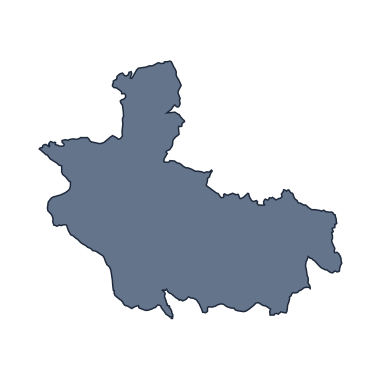 outline of Hopang, Shan, Myanmar, rotated 6°
{"feature_id": "60261553B42594704122339", "entity_name": "Hopang", "entity_type": "district", "adm_level": 2, "iso_a3": "MMR", "parent_name": "Myanmar", "parent_adm1": "Shan", "projection": "natural_earth1", "projection_center": [98.938, 23.1], "detail": "fine", "context": "isolated", "style": "filled", "palette": "slate", "viewbox_px": 384, "rotation_deg": 6, "n_neighbors": 0, "source": "geoboundaries", "source_scale": "gbopen_adm2", "svg_char_len": 6022}
<svg xmlns="http://www.w3.org/2000/svg" viewBox="0 0 384 384"><g transform="rotate(6 192 192)"><path d="M282.5,306.2L286.5,305.8L287.0,304.5L288.6,303.9L290.5,304.5L293.0,301.9L296.5,302.4L298.3,302.3L298.8,300.8L299.0,298.4L298.9,294.5L299.8,291.3L300.2,288.0L300.0,286.0L301.5,284.8L301.7,283.2L302.8,281.5L304.4,281.7L306.3,281.3L307.7,280.6L309.0,278.8L310.5,278.3L313.3,275.6L314.9,275.0L318.0,274.6L319.6,275.6L319.5,274.5L319.0,273.0L316.8,270.2L316.9,268.3L316.5,265.3L315.2,262.9L313.9,257.5L312.6,253.6L312.7,249.3L313.4,247.9L314.3,244.0L316.4,245.5L318.2,245.8L319.5,246.9L321.0,247.5L326.0,252.0L328.5,253.9L332.9,255.5L334.1,255.3L337.3,257.2L339.6,257.8L340.5,257.6L342.2,255.7L343.2,255.8L344.3,256.3L345.6,256.1L346.9,255.2L346.8,252.6L347.4,249.5L348.4,247.1L347.5,245.0L347.1,242.4L345.7,239.8L344.4,238.1L342.7,236.9L341.7,236.9L340.4,237.4L339.6,236.5L339.9,233.0L338.8,231.5L336.2,226.7L336.0,224.8L336.5,224.1L336.5,222.5L336.1,220.2L335.3,218.4L335.2,217.6L336.1,217.3L336.6,216.5L335.2,213.9L335.8,213.0L337.7,212.5L337.7,210.7L337.4,209.2L338.6,208.8L339.3,207.7L338.7,206.8L338.2,203.7L337.1,201.3L336.9,199.9L335.6,199.5L334.4,198.0L333.0,197.3L330.5,197.7L327.2,197.6L324.9,196.3L322.8,197.5L321.0,197.0L316.4,196.7L312.9,197.1L309.5,195.3L306.7,193.2L303.7,193.0L301.2,191.8L298.7,191.7L297.5,189.6L295.2,188.2L293.7,186.1L292.9,183.9L291.9,182.7L290.5,182.6L289.3,181.4L288.3,180.0L287.5,179.8L285.8,181.2L284.4,180.4L282.9,180.2L282.8,181.7L281.1,184.8L282.1,187.1L280.5,189.0L278.9,189.4L277.5,190.5L276.4,191.1L272.6,188.9L271.5,189.8L269.6,189.6L269.0,191.6L267.9,192.1L265.6,191.4L264.8,192.5L264.3,194.1L264.5,196.0L265.5,197.2L264.0,197.7L259.4,198.0L257.9,196.5L258.2,194.8L257.0,193.8L253.9,195.1L252.2,194.3L250.5,192.2L249.4,190.2L248.5,187.7L247.6,187.5L244.5,191.1L243.0,192.5L240.6,193.6L239.7,192.6L238.4,189.7L237.6,189.6L236.0,190.1L232.6,189.0L227.9,191.4L226.6,191.5L225.8,190.8L224.4,190.5L223.7,191.3L224.2,192.4L223.9,194.0L221.7,194.6L220.4,193.6L218.3,190.9L216.1,190.3L205.7,184.2L205.5,183.2L206.2,179.6L206.0,176.9L207.8,175.1L208.4,171.9L209.9,169.0L209.0,168.2L207.8,169.7L206.6,170.4L204.5,170.4L202.2,171.6L198.9,170.8L196.0,170.7L193.1,171.0L189.5,169.5L186.0,168.5L183.2,168.5L180.5,167.3L178.7,165.9L176.5,164.8L174.1,164.6L171.4,163.0L166.8,163.1L165.8,164.7L164.7,165.0L162.3,165.1L160.9,164.9L160.8,162.1L163.4,156.2L162.2,155.4L162.1,154.5L163.0,153.5L165.2,152.4L166.6,150.1L167.5,148.1L167.7,146.2L167.6,143.1L168.2,141.4L169.8,139.2L173.1,136.0L171.8,129.6L171.9,128.2L173.7,128.1L174.9,127.7L175.0,125.3L175.7,124.0L177.2,122.9L176.9,121.8L175.3,120.8L173.0,118.7L171.1,116.3L170.0,116.1L166.6,114.4L158.7,116.0L162.8,112.0L164.3,109.1L165.4,107.4L166.2,107.4L167.5,108.7L168.7,109.0L169.9,108.6L171.0,105.6L169.9,101.8L170.5,100.4L167.8,95.0L167.9,92.6L170.1,87.1L166.9,81.6L164.9,79.2L163.9,76.7L163.8,74.3L162.6,71.9L160.7,69.4L157.9,64.7L156.4,64.1L154.4,64.9L151.0,65.4L150.6,66.8L147.8,67.5L145.0,66.9L139.2,70.8L136.6,70.9L133.1,72.6L125.7,74.5L124.2,76.4L120.3,85.3L118.6,85.1L119.7,80.6L118.9,78.7L116.9,79.5L116.2,82.3L114.2,83.6L112.5,83.1L110.6,81.0L108.6,81.7L106.9,83.0L105.3,85.0L105.3,87.3L105.0,88.1L104.4,88.1L102.1,90.0L102.4,91.5L102.0,92.4L102.2,93.1L101.7,93.6L101.9,95.1L103.5,96.3L105.8,96.3L109.2,98.1L111.4,99.7L111.8,101.6L112.4,101.7L114.4,101.1L114.8,101.4L115.6,102.4L116.1,103.6L115.6,105.6L114.3,106.8L112.3,107.7L111.1,109.2L112.1,111.2L113.6,112.6L115.2,118.9L116.0,123.8L115.2,126.2L115.6,129.4L116.3,132.1L116.1,132.7L116.1,138.9L116.9,143.5L116.1,145.1L115.0,146.4L113.2,147.2L111.5,146.0L107.2,144.2L105.6,145.4L99.6,151.6L98.3,152.5L95.1,153.6L86.4,152.6L85.2,151.8L83.7,149.9L82.3,148.8L76.5,149.5L76.0,149.3L73.3,151.2L71.3,151.7L68.1,151.6L64.7,152.6L63.0,153.6L60.6,153.2L57.4,154.4L57.6,156.1L59.5,157.5L60.0,158.3L59.5,159.4L58.3,160.0L54.9,160.2L53.5,159.4L52.4,159.5L51.1,159.1L51.2,157.2L50.4,156.8L49.0,157.4L46.0,156.6L44.6,158.7L44.6,159.8L45.6,160.6L45.3,161.8L41.8,160.0L40.8,160.1L39.7,160.6L38.7,161.7L38.6,163.4L36.3,164.1L35.6,165.2L37.8,166.5L42.7,170.1L44.1,170.2L47.5,173.9L54.8,177.5L56.9,179.3L58.0,179.3L59.6,179.6L60.3,185.7L61.5,188.0L65.0,190.4L68.4,194.0L70.0,194.5L70.4,197.8L70.4,199.9L69.9,201.7L69.4,202.8L66.3,205.8L61.7,208.6L54.0,211.7L52.6,212.9L50.1,217.0L49.9,223.1L50.6,225.7L54.6,229.1L56.5,232.5L56.7,236.2L58.1,239.4L59.1,239.4L61.1,240.1L62.7,239.4L63.4,238.7L65.4,239.1L67.9,237.9L70.2,237.9L70.9,238.5L73.2,243.5L75.6,246.9L76.3,247.4L78.5,248.0L81.5,250.3L83.0,250.8L86.1,253.5L88.1,254.8L92.0,256.4L94.1,257.9L96.7,258.6L97.9,259.2L99.2,260.6L102.5,260.9L110.1,264.8L111.5,266.5L113.7,271.1L114.4,271.8L114.8,273.0L117.8,275.2L119.5,278.3L122.0,287.9L122.9,293.1L124.1,298.2L125.0,298.2L125.2,301.0L126.1,302.7L128.0,304.2L131.6,306.5L132.5,306.7L133.7,308.1L134.6,308.4L135.3,310.1L137.2,311.8L139.7,312.1L144.3,314.2L144.9,313.4L146.0,313.0L146.9,312.1L150.4,310.6L151.0,311.3L151.1,312.2L151.8,313.0L158.2,314.6L160.7,314.2L164.5,312.4L166.5,311.1L167.7,310.7L169.5,308.1L171.5,307.9L172.9,308.8L173.8,310.6L177.3,314.2L178.8,316.2L181.8,317.6L182.9,318.6L183.9,318.2L184.6,318.6L184.6,319.9L185.8,319.8L185.9,316.4L184.7,314.4L184.1,312.4L182.7,310.2L181.3,308.9L181.7,308.2L181.4,307.7L178.9,307.2L179.2,306.1L178.4,305.3L177.3,302.3L175.6,299.1L175.6,297.2L176.0,296.1L175.6,295.2L174.6,294.1L172.8,292.9L173.3,292.4L175.8,292.6L176.9,291.3L178.3,293.5L180.1,294.9L180.9,294.9L183.6,296.3L184.0,296.9L184.8,297.1L186.4,298.5L189.1,299.7L190.0,300.5L190.9,300.9L191.5,300.2L194.1,301.3L197.6,299.2L198.5,297.6L199.4,296.7L201.9,297.5L204.3,297.5L207.5,298.6L210.8,302.4L213.7,307.3L215.2,310.5L218.3,310.6L219.9,309.1L219.5,305.4L220.6,304.4L223.9,304.4L227.2,303.1L229.3,301.5L232.2,300.3L235.0,300.3L238.4,302.3L242.6,303.3L245.8,303.2L247.5,304.8L249.8,305.3L255.8,305.6L258.1,304.8L261.1,302.4L265.4,298.1L267.3,295.7L269.6,295.1L274.4,297.4L277.4,297.7L282.4,300.3L281.8,302.7L282.5,306.2Z" fill="#64748b" stroke="#1e293b" stroke-width="1.5"/></g></svg>